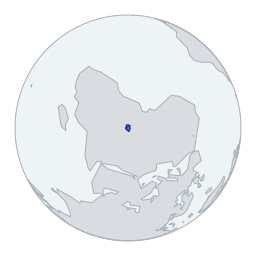 Ouaka highlighted on a globe, orthographic projection, rotated 145°
{"feature_id": "CAF-809", "entity_name": "Ouaka", "entity_type": "Prefecture", "adm_level": 1, "iso_a3": "CAF", "parent_name": "Central African Republic", "parent_adm1": "", "projection": "orthographic", "projection_center": [20.78, 6.114], "detail": "fine", "context": "on_globe", "style": "filled", "palette": "blue", "viewbox_px": 256, "rotation_deg": 145, "n_neighbors": 0, "source": "natural_earth", "source_scale": "10m", "svg_char_len": 7777}
<svg xmlns="http://www.w3.org/2000/svg" viewBox="0 0 256 256"><g transform="rotate(145 128 128)"><circle cx="128" cy="128" r="113" fill="#eef3f6" stroke="#a8b0b8"/><path d="M90.1,21.9L90.8,21.7L87.9,22.8L85.2,23.8L90.1,21.9ZM65.2,34.5L66.4,33.7L70.4,31.2L72.0,30.3L76.3,28.0L76.1,28.3L73.5,29.9L69.9,32.0L68.7,33.0L72.4,31.2L66.1,35.6L62.5,39.9L60.8,41.3L56.9,43.1L56.0,42.3L51.0,46.1L54.6,43.7L50.4,47.8L49.8,48.7L50.3,48.7L52.1,47.3L50.7,48.9L46.5,51.4L47.7,50.0L49.0,49.1L48.6,48.9L45.8,51.3L43.8,53.5L42.0,55.2L49.1,47.6L56.8,40.7L65.2,34.5ZM17.6,105.8L17.9,104.3L17.3,107.7L18.2,108.7L17.8,110.1L18.4,118.8L21.1,123.5L21.7,128.6L21.2,131.4L22.6,132.7L22.6,134.6L29.8,139.5L35.0,145.3L35.9,152.2L33.5,159.2L36.0,175.1L33.0,179.1L35.3,185.4L38.4,193.9L36.2,192.3L40.0,197.3L41.4,199.7L40.9,199.3L43.6,202.5L43.4,202.4L38.4,196.2L33.8,189.7L29.7,182.9L26.0,175.8L22.9,168.5L20.3,161.0L18.2,153.3L16.7,145.5L15.8,137.5L15.4,129.6L15.5,121.6L16.3,113.7L17.6,105.8ZM45.3,204.4L45.5,204.6L45.3,204.4ZM76.1,28.0L75.4,28.4L76.1,28.0ZM80.8,25.7L79.0,26.6L80.8,25.7ZM99.0,19.2L98.8,19.2L98.7,19.2L99.0,19.2ZM95.0,20.6L95.3,20.4L97.0,19.8L95.0,20.6ZM105.8,17.6L101.7,18.5L100.8,18.9L99.2,19.3L100.9,18.7L105.8,17.6ZM105.9,17.6L106.9,17.4L106.1,17.5L105.9,17.6ZM109.1,17.0L107.7,17.2L107.1,17.3L109.1,17.0ZM112.3,16.6L108.0,17.3L106.6,17.5L110.9,16.7L112.3,16.6ZM59.1,217.1L58.5,216.6L59.4,217.2L60.0,217.8L59.1,217.1ZM232.3,85.4L232.9,87.1L233.6,89.1L232.6,87.0L233.6,91.1L237.5,102.3L238.3,105.7L238.8,112.4L238.4,109.9L235.7,104.2L236.9,112.4L239.1,118.8L239.9,126.8L239.0,124.6L238.0,117.6L237.0,115.4L236.0,108.2L232.7,98.1L231.7,100.3L230.6,96.2L226.0,88.3L223.9,91.5L221.4,103.2L223.1,113.9L221.3,119.0L214.2,104.1L210.5,94.1L208.3,95.3L200.7,87.5L188.5,88.0L186.5,85.6L184.3,87.0L178.9,84.8L175.7,80.8L172.6,81.3L181.0,91.8L184.3,91.4L186.7,86.9L188.5,90.9L193.6,94.1L188.9,104.3L170.4,114.3L168.2,106.3L151.8,85.6L152.0,83.2L151.7,82.5L150.7,86.4L147.7,82.4L156.9,96.7L158.7,103.1L170.2,114.8L169.2,116.1L172.8,118.5L183.6,114.8L183.8,117.5L178.9,130.4L163.5,148.5L165.3,160.0L163.8,169.9L153.7,176.9L154.1,184.4L148.7,187.2L148.1,191.4L143.5,196.1L136.1,200.5L124.1,200.8L123.7,197.0L118.3,189.6L110.9,171.5L114.3,163.0L113.4,156.4L104.6,141.9L106.6,133.8L104.1,130.4L99.2,131.2L96.3,127.2L93.2,127.1L74.0,130.0L67.9,124.7L60.3,108.6L63.7,102.3L64.0,95.1L86.9,71.2L92.1,72.5L110.5,69.4L112.9,70.2L111.0,75.5L125.1,81.9L129.3,77.3L141.7,80.7L149.7,80.4L152.0,70.4L138.8,70.7L136.2,66.0L146.4,61.7L157.9,62.1L157.3,60.4L149.7,56.6L152.1,53.5L147.1,55.1L149.3,56.8L146.3,58.0L144.0,56.6L144.9,55.4L141.4,54.8L138.0,61.0L139.9,63.4L130.8,64.8L133.1,69.1L130.7,71.2L125.9,64.8L126.2,62.4L117.6,56.1L116.5,58.6L124.5,64.9L122.2,64.5L120.8,68.5L119.9,65.1L111.4,58.1L103.0,59.9L92.8,70.0L87.8,71.0L83.4,69.1L86.6,59.2L97.4,58.2L98.7,55.1L96.1,51.0L99.6,51.3L99.9,49.6L104.0,49.3L109.3,45.4L113.3,44.9L115.0,40.3L117.4,39.6L115.7,42.4L116.7,44.3L126.7,43.9L128.5,42.9L128.8,40.1L131.6,40.6L130.6,37.9L136.2,36.9L128.5,36.2L128.7,33.5L131.8,31.4L130.5,30.5L125.4,33.9L124.6,35.5L126.0,36.9L122.6,41.7L119.3,42.6L117.6,37.5L112.7,38.5L113.6,34.6L126.9,27.0L132.7,25.8L143.0,28.9L141.9,30.3L137.6,29.8L141.9,32.5L141.4,31.2L143.6,31.8L144.3,29.8L146.0,30.1L143.9,27.8L145.9,28.0L147.3,29.4L150.1,27.2L154.3,27.4L154.2,26.8L152.8,26.0L159.1,27.1L158.7,26.6L156.5,26.0L154.3,24.8L152.9,23.2L155.1,23.6L155.9,24.2L161.1,26.5L162.9,28.5L163.7,28.6L162.6,27.0L156.4,24.2L154.9,23.1L158.0,24.2L156.7,23.7L156.7,23.3L158.8,23.5L155.4,22.2L151.8,18.9L155.5,19.2L158.7,20.3L158.6,19.6L161.2,20.4L169.0,23.1L176.6,26.4L184.0,30.3L191.0,34.6L197.7,39.5L204.0,44.9L209.9,50.7L215.4,57.0L220.4,63.6L224.9,70.5L228.9,77.8L232.3,85.4ZM79.5,83.1L79.0,85.2L79.0,85.3L79.5,83.1ZM170.5,68.1L177.1,68.3L173.3,62.4L175.5,62.1L173.4,60.3L173.0,62.0L167.8,57.3L170.3,55.6L169.1,53.2L166.9,53.1L163.0,57.0L170.5,63.6L169.3,66.0L170.5,68.1ZM18.3,108.6L18.3,110.0L18.0,109.9L18.3,108.6ZM21.3,92.8L21.2,93.7L20.9,93.9L21.3,92.8ZM21.9,90.3L21.3,92.4L20.7,93.6L21.9,90.3ZM50.6,47.6L50.9,47.5L51.0,47.9L50.2,48.4L50.6,47.6ZM56.1,46.2L53.7,48.8L54.8,47.2L53.2,48.2L53.6,46.3L60.0,41.9L57.0,44.1L56.1,46.2ZM55.8,42.9L54.9,44.4L55.6,43.0L55.8,42.9ZM97.4,42.1L98.9,43.0L97.5,44.8L92.4,46.3L94.3,43.6L97.4,42.1ZM101.4,43.9L101.2,38.9L104.4,38.1L102.6,39.3L104.7,39.3L102.5,41.3L105.7,45.7L104.7,47.7L95.7,48.9L99.2,47.3L97.5,46.4L101.4,43.9ZM95.1,30.8L95.1,29.5L102.0,29.2L101.2,30.6L96.1,31.9L93.9,31.2L95.1,30.8ZM85.0,24.1L84.6,24.2L85.5,23.8L86.6,23.4L85.0,24.1ZM96.7,19.8L97.9,19.5L95.6,20.1L97.3,19.7L94.0,20.7L95.0,20.5L88.0,23.5L87.1,23.7L84.1,25.6L80.6,27.0L82.7,25.6L77.7,28.3L78.2,27.6L75.1,29.5L80.1,26.3L80.3,26.0L81.4,25.7L84.6,24.4L86.0,23.8L90.3,22.0L92.0,21.3L96.7,19.8ZM118.5,18.0L115.8,18.0L118.7,18.8L115.4,19.2L116.0,19.3L113.7,19.9L111.9,21.0L110.4,21.1L110.4,21.5L108.9,22.0L108.3,22.7L105.4,23.2L104.5,24.1L103.6,23.8L102.8,25.2L102.1,24.5L100.1,25.4L101.8,25.6L87.2,28.6L81.7,30.9L77.5,33.5L76.8,32.3L80.3,29.3L85.9,26.0L91.3,24.1L90.0,24.1L92.2,23.2L92.3,23.6L93.5,22.6L95.4,22.0L100.3,20.1L100.9,19.3L102.7,18.8L103.4,18.8L104.7,18.3L107.3,18.0L108.7,17.7L112.6,17.3L113.2,17.9L114.6,17.5L117.7,17.4L118.5,18.0ZM113.3,16.5L114.8,16.7L113.7,17.1L107.3,17.6L105.7,18.0L101.6,18.7L103.3,18.1L104.3,17.9L105.7,17.7L104.6,17.9L106.5,17.5L108.0,17.3L109.8,17.0L113.3,16.5ZM115.3,68.2L117.1,68.4L119.9,68.1L119.1,70.8L115.3,68.2ZM109.4,63.4L111.0,63.1L111.2,66.4L109.3,66.3L109.4,63.4ZM111.7,60.2L111.1,62.8L110.3,61.4L111.7,60.2ZM117.1,42.0L118.8,41.6L119.0,42.3L118.2,43.3L117.1,42.0ZM126.4,21.7L125.0,21.3L125.5,21.1L124.4,19.9L126.7,19.8L128.3,20.4L126.4,21.7ZM149.8,72.2L147.6,74.1L146.3,73.2L147.4,72.7L149.8,72.2ZM132.7,72.4L136.7,73.5L132.4,73.1L132.7,72.4ZM128.7,21.3L128.0,20.8L129.6,21.0L128.7,21.3ZM128.4,19.6L130.2,19.7L126.9,19.6L128.4,19.6ZM183.5,217.3L183.4,218.5L182.0,218.7L183.5,217.3ZM181.8,167.5L173.3,185.0L168.3,185.3L167.9,180.3L171.4,169.8L177.4,166.6L180.4,161.7L181.8,167.5ZM239.6,143.6L239.3,142.5L239.7,140.5L239.9,140.6L239.6,143.6ZM239.6,140.5L239.0,135.4L236.1,120.5L237.2,120.5L239.8,129.2L239.7,130.9L240.1,135.0L239.6,140.5ZM240.5,133.9L240.6,127.6L240.5,124.3L240.5,133.9ZM223.5,114.9L225.8,121.2L224.6,122.4L223.5,114.9ZM234.7,92.2L234.7,92.9L234.2,91.3L233.8,89.6L234.7,92.2ZM147.7,21.2L146.6,22.7L147.4,24.2L150.3,25.5L145.7,24.7L144.6,22.3L147.7,21.2ZM151.1,19.0L148.6,18.3L149.9,18.4L150.7,18.6L151.1,19.0ZM149.4,18.7L145.8,18.3L144.6,17.8L147.6,18.2L149.4,18.7ZM137.3,19.1L136.8,19.6L135.5,19.3L137.3,19.1Z" fill="#d9dde1" stroke="#a8b0b8" stroke-width="1"/><path d="M127.4,131.1L127.4,130.9L127.2,130.8L127.2,130.7L126.9,130.6L126.8,130.4L126.6,130.4L126.5,130.2L126.3,130.2L126.2,130.2L126.3,130.0L126.3,129.9L126.4,129.7L126.5,129.4L126.5,129.2L126.4,129.2L125.5,129.2L125.4,129.1L125.5,129.1L125.8,128.9L125.8,128.7L125.7,128.7L125.7,128.4L125.9,128.2L126.0,128.1L126.1,127.9L126.2,127.7L126.1,127.4L126.2,127.1L126.3,126.9L126.5,126.7L126.8,126.3L126.8,126.2L127.0,126.2L127.3,126.2L127.5,126.1L127.8,125.8L128.0,125.8L128.2,125.7L128.3,125.6L128.5,125.4L128.6,125.2L128.6,124.9L128.8,124.9L128.8,125.0L129.0,125.1L129.2,125.3L129.3,125.3L129.2,125.6L129.3,125.6L129.5,125.7L129.6,125.9L129.6,126.3L129.7,126.5L129.7,126.8L129.7,127.0L129.8,127.0L130.0,127.1L130.0,127.3L130.0,127.5L129.9,127.7L129.9,127.8L130.0,127.9L130.0,128.0L130.2,128.3L130.3,128.4L130.3,128.6L130.2,128.7L130.2,128.8L130.1,129.0L130.0,128.9L129.9,128.9L129.7,129.0L129.6,129.3L129.5,129.2L129.4,129.2L129.3,128.9L129.2,128.8L128.9,128.9L128.7,128.9L128.5,129.0L128.4,129.1L128.4,129.3L128.4,129.6L128.3,129.8L128.2,129.9L128.2,130.0L128.3,130.0L128.2,130.3L128.2,130.5L127.9,130.7L127.7,130.9L127.6,131.0L127.4,131.1Z" fill="#3b82f6" stroke="#1e3a8a" stroke-width="1.5"/></g></svg>